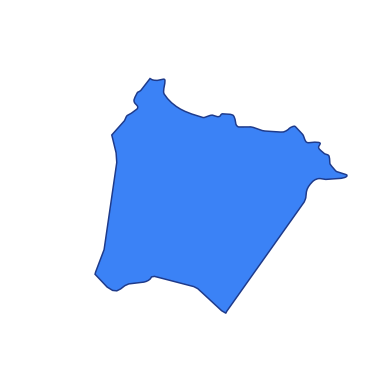 Kebili, Robinson projection, rotated 317°
{"feature_id": "TUN-97", "entity_name": "Kebili", "entity_type": "Governorate", "adm_level": 1, "iso_a3": "TUN", "parent_name": "Tunisia", "parent_adm1": "", "projection": "robinson", "projection_center": [9.372, 33.366], "detail": "fine", "context": "isolated", "style": "filled", "palette": "blue", "viewbox_px": 384, "rotation_deg": 317, "n_neighbors": 0, "source": "natural_earth", "source_scale": "10m", "svg_char_len": 2410}
<svg xmlns="http://www.w3.org/2000/svg" viewBox="0 0 384 384"><g transform="rotate(317 192 192)"><path d="M102.2,227.1L99.9,226.9L97.6,226.2L95.4,225.1L83.1,216.1L79.0,214.7L73.7,214.2L69.6,213.0L66.8,209.8L65.1,203.6L65.0,186.0L66.9,184.8L88.4,174.2L157.1,119.1L163.2,111.6L172.2,95.6L191.3,93.8L195.3,92.1L196.2,91.9L197.0,91.9L201.3,93.0L208.3,93.8L209.0,93.7L209.3,93.6L209.7,93.4L210.1,93.0L210.5,92.5L210.7,91.9L210.8,91.4L210.8,88.5L210.9,87.5L211.1,87.0L211.3,86.5L211.6,86.0L212.0,85.5L212.4,85.1L214.9,83.8L219.3,82.2L220.3,82.0L222.2,82.6L223.9,82.8L238.7,80.4L239.4,82.7L240.5,84.4L242.4,86.4L243.0,86.9L248.1,90.0L248.6,90.6L248.7,91.2L248.5,91.6L248.2,92.1L246.2,94.0L242.0,97.1L240.0,98.9L239.6,99.3L239.2,99.8L238.7,100.7L238.4,101.6L237.8,107.0L237.9,112.7L238.8,118.6L240.1,123.5L241.9,128.3L244.9,134.6L250.7,144.8L251.1,145.3L251.5,145.7L252.0,146.0L256.9,148.1L258.1,148.7L259.0,149.4L259.5,149.9L260.1,151.0L261.7,153.8L262.0,154.3L262.5,154.7L262.9,155.1L263.5,155.4L264.0,155.5L264.5,155.6L266.0,155.2L266.5,155.2L267.0,155.3L267.6,155.6L272.9,161.2L273.8,162.6L274.2,163.5L274.4,164.2L274.3,164.7L274.1,165.7L273.3,167.6L273.1,168.1L270.4,172.3L270.2,172.9L270.0,173.7L270.0,174.9L270.2,175.7L270.6,176.4L279.4,184.5L280.9,186.6L285.3,195.0L286.9,197.1L291.4,201.9L297.8,208.7L299.9,210.5L302.3,211.4L304.3,211.8L305.3,211.9L306.3,211.8L307.2,211.9L308.3,212.1L310.5,212.9L311.5,213.5L312.0,214.0L312.1,214.5L312.2,215.0L312.2,225.0L312.1,226.0L311.8,227.0L310.2,230.7L309.7,232.6L309.7,233.1L309.8,233.9L310.2,234.7L310.7,235.3L311.3,235.8L315.8,239.3L318.5,242.2L319.0,243.2L318.9,243.9L318.5,244.2L317.5,244.6L316.1,245.0L315.6,245.2L315.2,245.5L314.9,245.9L314.6,246.4L314.5,246.8L314.4,247.4L314.5,249.8L315.0,254.1L315.3,255.0L316.1,256.4L316.7,257.5L316.8,258.3L316.8,258.9L316.6,259.4L315.3,261.5L312.5,264.9L312.2,265.4L312.0,265.9L311.7,268.7L311.5,274.1L311.6,275.2L311.7,275.7L316.2,283.7L316.5,284.3L316.8,285.2L316.5,285.7L316.1,286.0L315.6,286.0L315.1,286.0L314.5,285.9L313.3,285.4L310.5,283.8L298.4,274.0L294.9,269.6L294.4,269.1L293.4,268.3L292.5,267.8L290.5,267.0L288.8,266.7L287.4,266.6L283.8,266.9L280.8,267.5L278.1,268.5L275.8,269.9L271.3,273.8L270.1,274.5L267.3,275.8L136.2,302.9L134.2,303.6L134.0,303.4L132.7,299.0L131.7,285.3L130.3,266.6L128.8,262.4L117.5,244.6L107.0,228.1L104.5,226.5L102.2,227.1Z" fill="#3b82f6" stroke="#1e3a8a" stroke-width="1.5"/></g></svg>